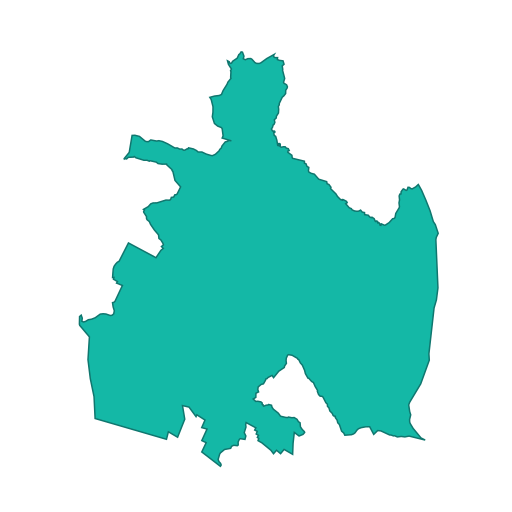 outline of Xaltocan, Tlaxcala, Mexico, rotated 173°
{"feature_id": "50627088B23292319838140", "entity_name": "Xaltocan", "entity_type": "district", "adm_level": 2, "iso_a3": "MEX", "parent_name": "Mexico", "parent_adm1": "Tlaxcala", "projection": "orthographic", "projection_center": [-98.236, 19.419], "detail": "fine", "context": "isolated", "style": "filled", "palette": "teal", "viewbox_px": 512, "rotation_deg": 173, "n_neighbors": 0, "source": "geoboundaries", "source_scale": "gbopen_adm2", "svg_char_len": 6040}
<svg xmlns="http://www.w3.org/2000/svg" viewBox="0 0 512 512"><g transform="rotate(173 256 256)"><path d="M435.5,114.3L367.2,85.0L364.4,92.2L355.9,85.7L346.6,102.7L347.2,116.5L340.9,114.2L335.1,103.9L334.1,105.6L326.6,99.4L330.8,92.3L325.7,90.2L332.3,79.4L328.2,76.8L333.7,68.1L317.0,51.6L316.2,52.5L316.1,53.3L316.5,54.6L317.8,56.4L318.4,58.7L316.1,64.0L315.3,64.9L310.8,67.8L304.6,68.2L303.5,70.0L302.1,70.6L301.0,70.8L297.6,70.0L296.7,70.6L296.4,73.6L294.9,76.0L293.9,76.6L289.3,75.3L288.0,78.6L289.2,82.1L286.8,87.5L286.8,89.8L286.1,91.9L277.1,85.5L278.5,83.4L276.1,81.8L277.5,79.3L275.4,77.7L276.8,75.8L275.5,74.6L276.5,72.5L273.0,69.9L264.9,61.4L262.7,57.6L259.3,60.7L255.7,56.8L251.7,60.6L243.8,54.7L242.0,65.7L239.5,76.2L235.2,72.1L231.1,73.2L229.2,74.9L229.4,75.8L231.2,78.1L232.7,81.0L232.6,85.1L234.1,86.4L235.2,88.9L237.8,91.0L240.1,91.1L243.4,92.2L244.1,91.8L246.0,92.1L251.2,94.0L253.0,97.3L257.4,101.8L258.5,103.9L258.8,106.0L261.6,107.1L262.3,106.6L264.1,106.7L266.6,106.0L267.1,106.5L267.1,107.5L267.9,107.9L267.8,109.4L268.9,110.6L271.9,111.6L274.0,111.7L276.2,114.4L273.4,115.7L272.8,119.8L270.0,120.8L270.5,123.3L269.8,125.8L266.5,127.9L264.2,128.2L261.8,131.4L261.2,132.8L260.1,132.9L258.8,134.0L254.6,135.5L253.4,133.1L247.4,138.9L241.5,141.9L241.0,143.4L238.9,145.7L238.9,148.5L238.4,150.9L236.7,153.7L235.7,154.1L232.3,153.1L227.4,149.4L227.0,148.4L226.2,147.9L225.0,144.5L223.3,142.0L221.7,136.6L221.3,133.2L219.3,128.4L218.5,128.2L216.1,124.7L214.4,123.4L213.2,119.3L211.3,115.1L211.6,114.2L210.8,110.9L209.5,109.1L207.4,108.6L206.7,107.8L204.5,101.8L203.2,100.2L203.4,98.2L202.1,96.3L201.6,93.2L199.5,90.5L198.9,88.4L198.4,87.8L196.8,87.2L197.0,86.0L195.5,83.2L195.2,80.5L193.8,78.6L192.4,71.8L190.4,69.5L189.7,67.3L183.0,67.0L180.9,67.5L179.3,68.4L177.0,70.9L175.3,72.1L172.5,72.8L168.0,73.1L164.0,72.7L160.9,64.6L156.5,67.9L153.4,67.2L145.2,62.1L143.6,61.8L141.6,60.7L140.3,60.7L137.8,59.2L133.8,59.2L130.3,58.3L126.0,58.6L110.5,52.7L114.4,55.3L121.1,65.8L123.3,70.8L123.7,72.3L123.5,75.0L121.8,79.5L122.4,82.7L122.6,89.6L121.3,92.1L108.1,109.0L96.7,131.5L96.3,137.9L85.6,182.7L82.3,190.4L79.3,202.2L75.5,250.2L74.8,252.5L72.4,256.3L74.2,265.3L75.8,268.5L77.7,279.6L80.6,290.7L83.6,300.9L85.5,305.6L86.2,307.2L89.1,305.1L92.8,303.6L94.0,304.0L95.4,305.4L96.7,305.7L98.1,303.1L99.0,302.8L101.3,304.6L101.9,304.5L104.1,302.2L104.6,299.9L105.7,299.9L106.6,298.1L106.7,294.2L107.6,291.3L107.6,287.5L107.9,286.6L112.1,281.2L113.3,277.3L114.1,276.5L115.9,276.3L119.8,272.9L123.9,270.9L124.8,270.9L127.8,272.7L128.2,272.6L128.3,271.2L129.0,271.3L129.6,273.7L130.5,274.5L130.6,274.0L131.1,274.0L131.5,275.8L132.3,276.1L132.9,275.6L133.4,276.0L134.2,278.7L136.2,280.4L136.9,280.0L138.4,280.9L139.6,282.8L143.1,283.8L143.0,285.9L145.2,286.6L146.6,288.8L148.7,288.0L150.5,288.1L152.7,288.7L155.0,290.1L155.6,291.4L157.6,292.5L160.6,297.0L159.0,297.8L159.5,299.2L162.5,301.3L163.3,301.5L163.4,300.9L165.2,301.7L167.9,305.2L169.1,307.9L173.8,313.8L173.2,315.1L174.9,318.1L176.6,319.0L176.8,321.2L184.4,324.6L188.1,330.1L191.3,331.4L193.3,332.9L193.6,334.0L192.8,337.5L194.5,338.7L195.1,341.4L196.6,342.2L196.4,344.2L207.8,348.5L208.1,349.2L208.1,351.6L211.8,355.1L211.5,356.3L210.2,356.6L210.9,358.6L212.8,359.4L213.7,360.8L215.3,361.1L217.6,360.9L218.2,361.3L218.7,361.8L218.3,363.3L218.4,364.3L219.1,364.8L219.7,364.8L219.9,362.7L221.0,363.1L221.2,368.3L221.9,372.4L223.2,373.4L223.3,374.7L223.4,376.6L222.3,376.5L222.1,377.1L222.4,377.7L224.4,378.1L225.2,380.2L224.0,381.6L223.0,384.0L222.1,384.4L221.0,386.3L221.2,389.0L219.1,390.5L218.7,392.3L216.3,395.2L215.6,398.9L215.6,401.7L214.5,403.2L214.3,404.6L210.6,410.4L208.9,411.5L206.8,413.6L206.3,416.9L204.5,419.1L204.2,420.2L204.8,422.2L207.3,424.2L207.5,425.1L205.9,428.7L207.0,437.2L206.7,438.0L206.8,441.5L204.8,442.9L205.4,446.4L209.1,447.4L210.9,448.4L210.4,450.3L213.0,450.6L214.1,451.6L214.2,452.7L213.3,453.9L221.2,450.7L227.7,447.1L229.3,446.7L232.0,447.1L233.5,448.1L236.0,451.7L237.1,452.6L239.9,452.9L242.7,452.1L244.6,453.3L243.6,455.8L244.6,460.0L245.9,460.4L247.4,458.6L248.5,458.0L250.5,454.7L255.5,452.1L256.7,450.5L257.5,450.2L258.6,450.8L258.9,452.1L260.5,453.2L260.0,449.6L257.6,444.6L258.7,443.0L258.4,442.0L259.4,436.4L259.2,435.4L262.7,432.0L263.8,430.0L268.5,424.2L270.6,420.5L272.9,419.8L277.7,419.8L282.5,419.1L281.4,416.8L280.5,409.4L281.2,404.0L282.4,399.5L281.1,392.6L278.2,389.6L274.9,387.8L274.1,386.7L274.0,379.3L275.2,377.2L266.4,373.3L268.8,374.0L270.3,373.3L272.6,373.0L276.3,369.4L277.4,367.3L279.0,366.2L279.8,364.9L283.9,361.9L287.0,360.9L288.3,361.2L292.9,363.2L297.0,365.8L300.8,366.3L302.2,367.9L305.1,369.9L309.8,371.6L310.5,370.6L311.3,370.8L313.8,369.7L315.1,369.9L316.4,371.2L318.7,371.4L320.8,372.8L323.4,373.1L330.0,378.1L334.9,381.1L338.4,382.3L340.6,382.2L346.3,384.0L348.8,382.6L350.8,382.9L351.9,383.4L357.1,388.9L361.5,390.6L364.3,390.8L369.2,374.3L375.0,368.7L374.9,368.3L374.3,368.6L372.6,368.1L370.7,369.5L365.5,369.1L364.8,369.6L363.2,368.1L355.6,364.7L352.5,364.3L350.3,363.1L349.6,363.5L343.5,361.3L342.0,359.7L338.0,358.6L333.5,358.1L333.4,357.3L328.9,352.0L328.9,351.0L328.2,350.0L327.2,340.9L322.4,333.8L326.7,327.2L327.7,326.6L329.2,326.6L330.5,324.5L332.9,324.5L333.6,322.9L334.8,321.9L338.6,322.5L347.9,320.8L351.7,321.2L354.1,320.6L357.0,318.1L362.0,316.0L361.1,315.2L362.1,313.9L362.1,313.1L359.9,308.5L360.1,306.6L359.7,305.3L357.7,303.2L356.8,300.2L353.7,294.2L350.2,288.9L350.2,285.2L348.5,283.6L346.9,280.1L346.5,278.4L348.7,276.9L347.1,274.8L349.6,273.3L355.5,266.5L381.0,284.5L392.5,267.5L394.4,266.7L396.3,265.1L398.1,263.1L399.3,260.5L401.0,252.1L399.6,252.0L400.3,250.3L396.6,247.5L397.7,246.1L392.2,243.0L401.5,228.2L402.6,227.4L404.1,227.2L404.0,222.9L403.3,218.9L404.3,215.9L406.1,214.7L407.9,214.7L412.0,216.7L414.8,217.3L417.7,217.3L423.1,214.3L427.0,213.3L430.2,213.2L433.0,211.9L435.2,211.5L436.8,212.5L436.0,215.4L436.7,218.6L438.5,217.4L439.6,209.8L439.4,208.6L431.2,196.0L435.4,173.6L435.4,154.4L433.9,136.1L435.5,114.3Z" fill="#14b8a6" stroke="#0f766e" stroke-width="1.5"/></g></svg>